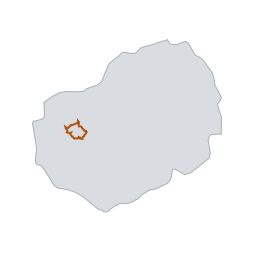 location of Konche, Konče, North Macedonia, rotated 167°
{"feature_id": "65306769B3097110342626", "entity_name": "Konche", "entity_type": "district", "adm_level": 2, "iso_a3": "MKD", "parent_name": "North Macedonia", "parent_adm1": "Konče", "projection": "mercator", "projection_center": [22.397, 41.52], "detail": "fine", "context": "in_parent", "style": "outline", "palette": "amber", "viewbox_px": 256, "rotation_deg": 167, "n_neighbors": 0, "source": "geoboundaries", "source_scale": "gbopen_adm2", "svg_char_len": 1890}
<svg xmlns="http://www.w3.org/2000/svg" viewBox="0 0 256 256"><g transform="rotate(167 128 128)"><path d="M115.4,62.3L119.7,62.9L128.9,60.2L134.7,56.5L137.6,56.0L141.5,54.6L147.2,54.8L152.9,56.4L160.1,54.3L167.2,50.9L170.1,51.7L173.1,54.6L175.2,55.4L187.0,70.8L193.4,77.0L201.1,81.7L209.8,85.2L212.9,88.5L218.4,104.8L221.1,110.9L224.7,112.8L225.6,114.5L225.8,116.9L221.6,128.3L220.0,153.8L218.9,155.8L214.6,155.7L208.8,156.2L206.6,158.2L204.3,171.8L195.0,175.7L186.6,177.9L179.5,177.4L167.1,174.2L163.0,173.9L159.5,175.7L148.4,176.7L143.5,179.1L132.0,195.0L120.4,200.4L116.4,203.2L107.5,199.7L103.3,199.4L97.1,203.4L83.7,203.8L80.0,204.5L69.6,205.1L69.2,203.0L67.3,199.8L62.5,198.3L52.6,199.5L50.1,197.2L46.1,183.7L42.9,181.5L39.3,177.0L33.3,162.3L33.1,155.8L33.6,150.2L30.2,136.9L32.3,133.6L35.4,131.4L35.4,126.1L34.5,118.0L38.2,102.0L39.2,100.8L40.1,101.6L49.0,102.9L51.3,100.8L52.8,97.7L53.3,85.9L55.4,80.5L77.0,70.2L83.3,69.8L88.1,74.5L92.0,77.6L94.3,77.5L95.1,74.4L97.8,68.5L102.2,65.2L115.3,62.3L115.4,62.3Z" fill="#d9dde1" stroke="#a8b0b8" stroke-width="1"/><path d="M175.2,146.2L175.6,144.4L182.3,143.3L183.0,143.8L183.8,143.4L183.8,143.0L184.1,142.8L185.6,142.0L186.1,141.5L186.6,141.6L187.4,142.1L188.3,142.3L188.8,143.0L188.8,142.0L188.5,141.5L188.5,141.0L187.7,139.4L187.8,138.4L188.4,137.6L188.0,137.5L187.8,137.1L186.3,136.2L184.5,136.3L185.3,135.4L185.5,134.0L184.7,132.9L184.6,132.4L183.8,132.1L183.2,130.4L182.7,129.8L181.1,129.7L179.3,129.0L178.1,130.3L177.4,129.4L177.3,128.8L176.9,128.5L176.6,128.9L176.0,128.0L175.0,127.7L175.0,128.1L174.5,128.4L174.0,129.5L172.9,129.7L172.7,130.3L172.2,130.9L170.4,131.9L169.2,133.3L169.6,133.7L169.6,134.3L170.1,134.2L170.6,135.0L171.0,134.9L171.1,135.8L171.7,136.3L171.9,136.9L172.2,137.1L172.7,137.9L172.9,139.4L173.5,140.1L175.4,140.6L175.6,141.7L174.4,144.6L175.2,146.2Z" fill="none" stroke="#b45309" stroke-width="2"/></g></svg>